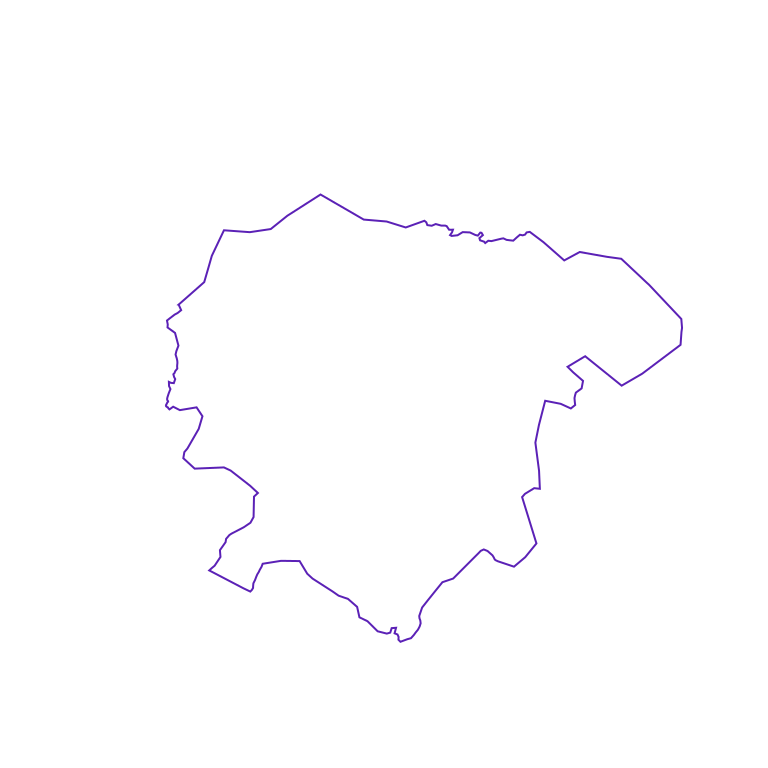 the district of Tsanyawa, Kano, Nigeria, rotated 44°
{"feature_id": "59680162B88365177272018", "entity_name": "Tsanyawa", "entity_type": "district", "adm_level": 2, "iso_a3": "NGA", "parent_name": "Nigeria", "parent_adm1": "Kano", "projection": "natural_earth1", "projection_center": [8.001, 12.281], "detail": "fine", "context": "isolated", "style": "outline", "palette": "violet", "viewbox_px": 768, "rotation_deg": 44, "n_neighbors": 0, "source": "geoboundaries", "source_scale": "gbopen_adm2", "svg_char_len": 3009}
<svg xmlns="http://www.w3.org/2000/svg" viewBox="0 0 768 768"><g transform="rotate(44 384 384)"><path d="M378.0,605.1L379.9,607.8L381.4,617.5L386.5,622.0L388.4,632.4L388.0,636.0L387.8,639.5L424.8,628.6L432.0,626.2L432.0,623.9L431.5,621.7L430.0,620.0L428.5,618.1L427.4,614.6L426.1,611.6L425.1,609.0L424.5,606.2L423.7,603.9L422.9,600.6L421.6,597.6L432.8,582.7L446.3,570.0L460.6,573.8L467.8,573.6L490.9,569.0L498.4,567.8L507.4,563.6L519.5,563.0L528.4,568.9L536.9,566.1L551.2,566.3L559.4,561.6L561.2,558.5L559.1,554.3L562.0,551.0L564.8,556.0L567.7,554.8L570.2,555.8L572.0,557.9L574.9,558.0L578.1,551.3L580.0,548.1L579.8,543.6L579.4,540.9L579.1,537.2L578.1,533.7L576.6,530.7L574.4,528.9L572.3,527.9L570.5,526.4L566.7,518.3L565.8,509.4L564.7,497.4L564.1,490.5L563.7,486.0L568.9,475.9L569.4,445.6L569.5,440.5L569.5,436.8L570.7,433.7L574.5,432.2L581.1,431.9L583.4,432.5L585.6,433.3L586.7,433.2L589.1,432.4L604.4,425.1L605.9,410.5L604.4,392.8L561.9,369.4L561.7,365.1L564.4,354.6L568.9,351.1L555.8,338.7L533.6,321.0L523.9,305.8L511.6,284.1L524.9,275.5L535.4,271.8L536.1,266.3L533.4,264.1L530.8,261.8L529.3,259.4L528.0,256.9L529.2,249.9L525.0,243.5L512.0,244.2L504.1,244.1L509.4,224.3L556.1,220.1L562.6,197.1L570.1,149.8L561.8,139.9L559.4,136.6L552.7,130.7L505.4,128.5L503.0,128.6L502.8,128.6L467.7,129.1L456.1,137.6L433.1,153.1L427.8,169.9L400.2,171.2L383.2,173.3L381.3,175.9L381.7,178.5L380.5,180.7L378.1,182.2L377.7,186.3L377.4,191.1L374.7,193.2L372.0,195.2L368.7,196.3L367.5,197.9L362.0,206.6L359.5,208.5L358.9,212.3L357.1,212.1L353.3,213.9L351.3,212.8L351.7,208.2L349.1,207.5L348.1,208.2L348.4,212.1L346.1,213.4L340.5,215.3L337.0,218.4L335.1,220.1L333.6,225.9L329.8,230.5L328.1,231.0L327.6,227.7L326.4,225.1L323.7,227.8L319.4,226.9L317.9,227.6L315.1,230.3L310.1,233.0L308.4,237.0L304.8,239.6L302.1,238.3L299.7,238.5L290.9,256.3L273.0,265.3L255.2,279.8L248.7,281.4L223.3,287.7L206.7,291.8L197.6,330.1L194.9,351.2L182.0,368.0L162.1,384.6L171.1,411.4L176.8,422.1L183.9,435.6L181.2,468.7L181.1,469.7L181.3,469.6L186.8,471.8L186.2,476.4L185.2,479.5L184.4,484.8L183.8,489.1L187.1,491.4L189.0,493.7L198.2,492.4L209.5,499.2L211.8,504.6L213.6,507.6L215.6,508.7L217.1,509.5L219.3,511.0L220.8,512.4L221.8,513.7L223.0,515.1L224.6,516.5L224.9,519.8L225.7,521.7L225.7,523.3L228.2,524.8L230.4,525.5L232.2,529.4L229.9,531.2L227.8,531.9L230.8,534.8L233.9,536.0L235.6,540.2L237.5,544.1L238.1,545.0L238.4,545.5L239.0,545.9L239.5,546.2L239.9,546.2L240.3,546.3L240.7,546.4L241.0,546.7L240.9,547.4L241.0,548.0L241.2,548.4L241.4,549.1L241.6,549.7L241.7,550.3L242.1,550.7L242.4,550.9L242.4,551.2L242.9,551.4L243.5,551.3L244.2,551.2L244.5,551.0L245.0,551.0L245.4,551.2L246.2,551.3L246.7,551.3L247.3,551.3L247.6,549.8L248.1,546.8L255.3,544.6L265.4,531.0L275.8,533.3L281.9,545.0L287.4,567.0L287.7,571.7L291.2,576.8L306.6,576.4L326.8,555.2L333.8,552.8L358.5,550.2L369.0,550.0L368.7,555.3L380.1,567.6L382.6,570.3L384.3,576.6L382.6,584.6L378.4,597.1L378.1,598.2L377.7,600.1L378.0,605.1Z" fill="none" stroke="#5b21b6" stroke-width="2"/></g></svg>